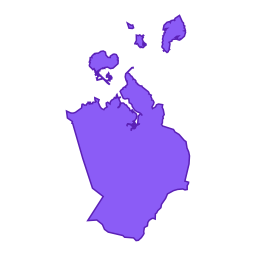 Nett, Pohnpei, Federated States of Micronesia (Mercator projection)
{"feature_id": "79324940B16225653054825", "entity_name": "Nett", "entity_type": "district", "adm_level": 2, "iso_a3": "FSM", "parent_name": "Federated States of Micronesia", "parent_adm1": "Pohnpei", "projection": "mercator", "projection_center": [158.226, 6.943], "detail": "fine", "context": "isolated", "style": "filled", "palette": "violet", "viewbox_px": 256, "rotation_deg": 0, "n_neighbors": 0, "source": "geoboundaries", "source_scale": "gbopen_adm2", "svg_char_len": 5743}
<svg xmlns="http://www.w3.org/2000/svg" viewBox="0 0 256 256"><path d="M87.7,220.6L96.8,220.0L102.4,224.5L104.5,229.4L108.2,232.1L122.8,235.5L124.6,237.2L133.6,237.9L136.1,240.6L138.4,240.3L141.4,237.6L143.4,234.7L144.0,233.5L143.7,231.6L144.4,227.5L147.4,225.9L147.8,222.5L149.2,220.3L151.9,218.5L153.2,218.3L155.2,219.1L155.4,213.8L156.6,212.9L157.8,210.6L160.9,207.7L161.5,204.3L165.6,198.4L167.5,193.9L173.6,190.6L177.7,189.4L182.8,189.0L185.0,189.9L187.2,189.5L187.2,185.6L188.4,183.6L188.6,182.2L184.9,181.1L189.0,164.0L189.5,155.9L188.7,152.0L187.0,148.0L186.0,141.6L184.2,140.3L179.0,134.4L175.0,132.0L173.5,129.5L162.6,126.0L161.5,124.3L162.4,122.9L162.5,119.5L163.3,118.2L162.8,116.8L164.2,114.6L163.3,109.8L162.2,107.3L162.7,104.7L158.5,104.0L156.5,104.8L155.5,106.9L152.5,108.6L152.0,106.8L153.6,104.0L154.0,102.3L153.0,100.3L151.7,100.0L151.9,98.8L150.8,96.5L151.3,95.2L148.8,93.9L149.1,93.3L148.4,91.8L142.3,87.0L141.9,86.0L140.1,85.8L137.5,84.2L137.6,83.6L135.9,82.4L136.0,81.1L135.1,79.9L133.9,79.1L133.2,79.3L133.4,78.7L131.8,76.3L130.7,75.7L129.4,73.8L127.3,72.6L131.9,68.0L133.2,67.9L133.1,67.4L131.9,67.6L125.7,73.8L125.2,76.9L126.0,80.1L126.9,80.9L126.5,81.1L127.0,82.0L126.4,82.2L127.1,82.2L127.4,84.5L125.7,86.1L125.6,87.2L125.0,86.8L123.3,87.7L122.6,88.6L122.8,89.1L121.4,89.7L120.1,91.4L123.3,98.3L125.0,99.0L127.4,98.5L128.8,99.0L129.2,102.8L130.8,103.5L132.1,105.1L132.2,106.3L134.5,109.9L136.8,111.6L139.7,112.8L141.2,114.0L141.9,115.1L142.5,115.3L141.8,115.1L141.1,114.0L140.1,114.0L138.2,116.2L137.8,122.7L137.0,124.5L137.8,124.9L138.3,124.2L139.2,123.8L139.9,124.2L138.9,124.1L137.8,125.0L137.0,124.6L134.9,128.4L134.0,128.8L133.0,128.2L132.0,128.4L131.1,130.8L131.2,128.9L131.8,128.4L132.7,127.8L133.7,128.3L134.6,128.1L132.2,126.1L133.4,126.2L133.4,125.1L132.5,124.7L131.4,124.8L127.8,124.0L127.1,125.5L126.9,125.2L127.5,124.0L127.1,123.9L128.2,123.7L132.9,124.7L133.3,124.9L133.6,125.9L134.6,126.3L135.7,125.9L135.7,124.9L134.9,124.7L134.2,124.0L134.8,124.5L135.6,124.0L134.6,122.0L134.2,122.0L134.0,123.7L132.1,124.0L133.5,123.6L134.1,122.1L133.1,121.3L134.8,120.5L136.3,118.4L136.7,115.3L136.3,114.0L132.6,110.6L131.9,111.4L133.2,113.2L131.7,111.5L131.4,110.6L132.9,109.6L131.1,110.5L130.0,110.5L129.4,108.5L127.6,107.0L126.4,105.0L125.3,104.9L123.6,103.1L121.6,103.0L120.7,103.7L119.5,106.7L118.3,107.6L117.5,107.8L119.7,105.9L120.0,103.8L120.7,103.2L118.8,98.7L120.8,96.9L118.1,97.9L117.0,94.4L116.4,95.3L116.5,97.5L115.9,98.2L115.3,98.5L116.4,97.4L115.9,97.1L115.2,97.9L114.4,97.5L113.7,99.0L111.7,100.1L110.4,101.7L110.0,104.0L107.7,102.2L106.2,103.1L106.5,106.1L107.2,106.9L104.6,108.5L103.9,109.7L101.5,108.5L100.1,106.7L98.2,102.5L99.1,99.7L94.8,97.7L95.0,100.1L96.1,101.4L95.6,102.1L93.1,102.2L92.6,102.6L92.6,103.5L90.4,103.8L90.6,102.7L90.3,103.6L89.6,103.6L89.4,103.2L90.0,102.9L90.1,103.6L90.3,102.3L88.0,102.3L88.0,102.7L89.3,102.5L89.1,103.8L87.9,103.1L87.0,103.6L86.3,105.0L84.5,105.1L83.0,104.1L82.0,104.4L81.6,107.9L75.4,112.4L73.2,113.1L70.8,113.0L66.5,111.0L67.4,118.0L72.4,121.5L71.9,123.2L72.7,123.5L82.8,158.5L92.5,188.2L103.2,196.5L87.7,220.6ZM182.3,21.7L179.5,15.4L175.1,18.3L174.4,20.0L175.2,20.9L174.0,20.0L171.1,20.6L170.3,22.5L169.8,21.5L167.0,22.3L164.0,25.3L163.1,29.8L163.9,29.9L165.4,28.7L167.0,28.5L166.0,29.3L166.0,30.0L164.8,30.7L165.2,32.6L164.0,33.0L164.1,34.7L162.9,35.9L163.3,36.2L162.5,39.2L163.1,40.6L162.2,42.4L162.8,44.0L161.9,46.4L162.1,47.4L164.0,49.2L164.1,50.2L163.4,50.5L163.7,51.1L164.8,50.5L167.0,52.5L168.3,51.6L168.4,50.6L169.7,49.5L169.2,48.8L170.0,43.9L169.1,42.3L171.9,41.1L172.0,40.1L173.2,39.3L175.5,39.2L176.2,37.6L175.3,37.5L176.6,36.4L178.7,36.1L177.3,37.5L177.7,39.0L176.8,39.3L179.3,40.1L180.4,39.6L180.3,38.9L181.3,39.0L184.4,36.2L185.6,32.2L185.2,31.0L184.4,30.8L185.4,30.4L184.8,28.2L184.2,28.0L184.3,26.2L184.6,26.7L184.8,26.0L183.7,25.3L183.5,23.0L182.3,21.7ZM109.4,84.0L106.5,81.1L108.8,79.7L108.9,80.7L110.7,81.0L109.0,80.5L109.0,79.6L111.7,78.9L111.9,77.4L111.5,76.8L111.5,78.7L110.0,78.9L110.8,78.2L110.6,76.8L110.2,75.8L108.7,75.0L108.8,74.1L108.3,74.9L109.0,73.7L108.6,72.9L107.7,74.9L107.4,75.0L107.6,73.8L106.5,75.5L106.6,77.9L106.8,75.8L108.5,75.0L109.8,75.8L109.6,76.2L110.1,76.1L110.2,77.3L109.3,77.8L107.8,76.5L107.3,77.2L107.8,76.9L108.8,77.6L108.9,78.4L110.2,77.6L110.5,78.0L107.9,80.3L106.2,80.8L106.2,80.3L105.1,79.9L98.8,73.9L98.5,72.5L97.3,72.5L96.8,71.9L99.4,70.9L98.5,70.5L101.7,68.5L102.8,68.7L102.9,68.0L104.7,68.4L104.6,67.6L107.5,67.1L110.4,68.6L113.1,68.1L118.0,63.7L118.2,60.4L117.6,60.0L118.0,59.8L118.1,57.8L117.4,57.6L117.5,56.8L116.3,54.6L114.7,54.1L113.2,54.2L110.3,56.2L110.3,57.5L108.0,57.4L106.0,55.1L105.4,52.1L103.3,51.0L100.8,51.4L98.5,53.1L95.7,53.3L94.9,54.0L94.5,53.6L92.4,55.5L91.4,57.0L91.8,57.6L90.2,57.6L90.0,59.8L90.5,60.1L89.6,61.1L89.9,61.9L89.5,62.1L90.2,62.5L89.3,65.3L89.6,66.3L92.9,69.7L94.0,68.6L94.5,69.2L94.8,70.8L95.4,70.7L95.8,71.8L94.6,72.6L96.1,72.0L96.4,72.4L95.3,74.6L95.7,75.2L96.4,74.6L96.9,75.0L96.2,73.1L97.0,73.1L98.4,75.0L99.4,75.2L98.5,75.6L97.7,75.3L97.8,74.8L97.2,75.1L97.7,75.6L99.0,75.8L97.8,76.6L97.8,77.0L99.9,75.5L102.7,78.4L97.5,79.8L97.2,77.8L96.5,77.9L97.1,80.2L103.2,78.7L107.3,83.0L109.1,84.3L109.4,84.0ZM143.2,35.1L142.0,36.5L139.8,34.9L138.4,35.6L136.3,35.1L136.4,40.5L134.8,43.6L135.0,43.9L135.9,43.3L136.4,44.1L137.5,43.6L138.5,45.7L140.1,47.4L140.4,46.9L141.4,47.2L141.9,46.5L141.7,48.1L142.0,47.3L143.1,47.6L143.7,47.2L144.6,44.3L145.0,45.8L146.1,45.0L145.9,43.9L144.8,43.2L143.3,43.7L143.7,44.8L142.9,45.0L142.8,43.8L144.2,42.9L143.7,42.2L142.8,43.2L143.3,42.0L142.2,38.9L143.2,37.5L142.5,37.0L143.7,35.5L143.2,35.1ZM132.4,28.5L133.6,27.8L132.7,25.0L131.2,25.3L127.3,23.0L129.0,28.2L132.4,28.5Z" fill="#8b5cf6" stroke="#5b21b6" stroke-width="1.5"/></svg>